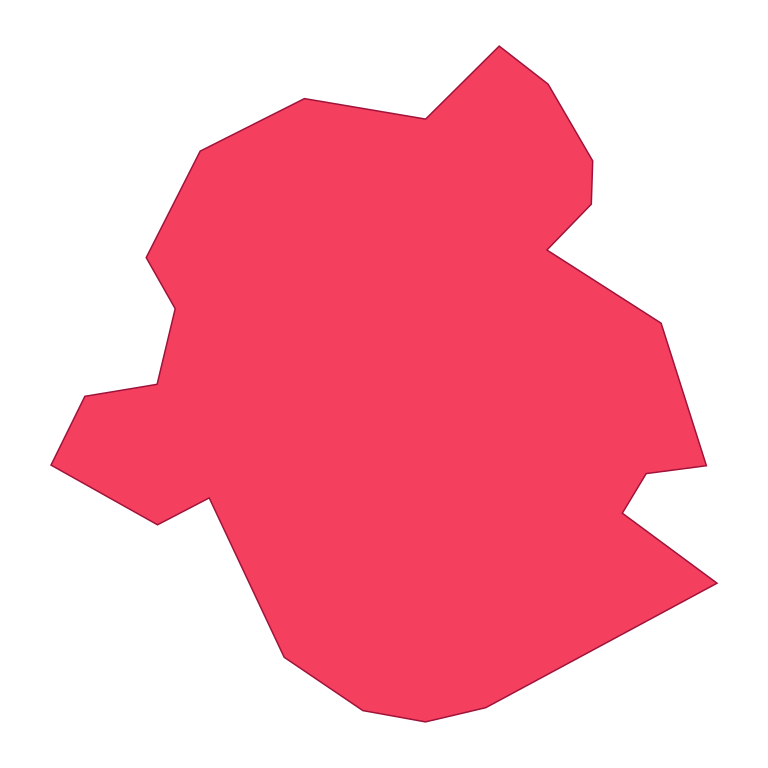 outline of Brussels
{"feature_id": "BEL-3474", "entity_name": "Brussels", "entity_type": "Capital Region", "adm_level": 1, "iso_a3": "BEL", "parent_name": "Belgium", "parent_adm1": "", "projection": "albers", "projection_center": [4.373, 50.84], "detail": "fine", "context": "isolated", "style": "filled", "palette": "rose", "viewbox_px": 768, "rotation_deg": 0, "n_neighbors": 0, "source": "natural_earth", "source_scale": "10m", "svg_char_len": 427}
<svg xmlns="http://www.w3.org/2000/svg" viewBox="0 0 768 768"><path d="M717.0,583.2L485.7,707.7L425.4,721.9L362.9,710.6L284.2,657.3L209.2,497.9L157.5,524.8L51.0,465.1L84.9,396.3L157.1,384.3L175.2,308.7L146.2,257.6L200.2,151.1L304.4,98.6L425.6,119.1L499.2,46.1L548.1,84.2L592.7,160.9L591.3,204.2L546.9,250.0L661.1,323.2L706.4,465.7L646.2,473.6L622.3,513.2L717.0,583.2Z" fill="#f43f5e" stroke="#9f1239" stroke-width="1.5"/></svg>